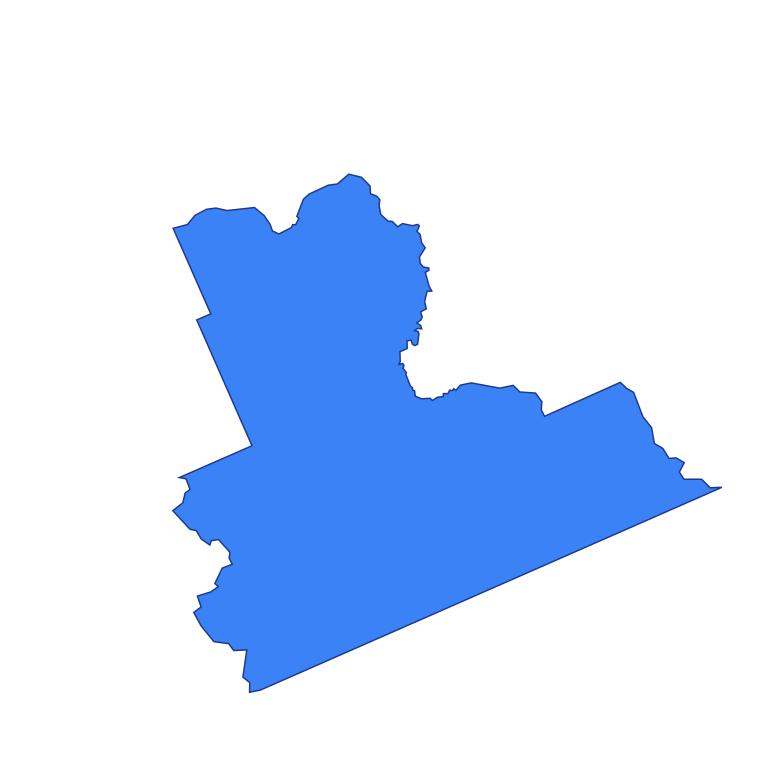 Wasco, Oregon, United States of America, rotated 336°
{"feature_id": "52423323B81291349676813", "entity_name": "Wasco", "entity_type": "district", "adm_level": 2, "iso_a3": "USA", "parent_name": "United States of America", "parent_adm1": "Oregon", "projection": "orthographic", "projection_center": [-120.965, 45.263], "detail": "medium", "context": "isolated", "style": "filled", "palette": "blue", "viewbox_px": 768, "rotation_deg": 336, "n_neighbors": 0, "source": "geoboundaries", "source_scale": "gbopen_adm2", "svg_char_len": 1971}
<svg xmlns="http://www.w3.org/2000/svg" viewBox="0 0 768 768"><g transform="rotate(336 384 384)"><path d="M135.8,610.9L146.2,613.3L650.7,615.8L639.8,611.5L635.4,600.2L619.3,593.0L618.0,584.6L626.3,578.0L620.8,570.3L614.1,567.9L612.5,556.3L606.8,548.3L610.7,532.7L607.2,519.2L608.6,493.1L603.8,486.6L600.6,478.6L517.5,478.8L517.2,471.6L521.0,464.3L518.7,453.9L504.8,446.5L501.5,437.8L488.1,434.9L464.2,418.5L453.3,416.1L447.1,419.0L445.7,416.6L443.7,417.9L441.5,416.3L438.6,418.8L434.3,416.9L433.0,419.7L427.6,417.8L421.7,418.8L420.1,415.7L412.4,412.9L407.6,407.9L409.2,402.5L407.8,401.2L408.5,398.8L407.3,396.7L407.8,384.0L409.1,382.7L407.8,377.4L409.7,375.4L409.5,372.9L405.6,372.1L407.9,370.2L411.7,361.0L419.6,361.0L422.6,354.0L426.6,355.0L426.1,359.1L427.8,361.4L430.8,361.4L436.4,352.2L436.4,349.7L433.6,347.7L437.1,346.8L440.9,348.9L441.3,345.4L438.8,341.6L444.1,340.4L446.2,338.2L446.8,333.0L453.3,332.5L454.5,325.6L459.7,318.4L461.4,316.9L465.4,318.6L465.0,312.6L467.1,298.9L471.3,298.3L472.1,296.3L467.4,293.0L466.2,288.5L468.1,282.3L477.0,276.4L475.8,270.2L477.8,262.1L476.2,258.1L480.5,254.1L479.9,252.0L474.3,250.9L466.2,245.0L460.4,245.9L457.7,238.9L453.9,236.8L450.0,227.9L452.1,219.0L455.1,213.9L453.7,209.4L449.0,204.7L451.8,197.5L447.5,186.0L437.2,178.0L422.7,182.3L413.9,179.7L393.0,180.0L385.4,182.5L372.5,195.5L373.6,198.1L368.1,202.5L365.3,201.3L363.1,203.4L349.0,204.2L344.3,198.8L344.9,192.0L343.0,181.4L337.4,170.1L311.1,161.7L302.0,154.9L292.7,152.2L279.9,153.1L269.2,158.4L254.7,156.0L254.3,249.5L239.0,249.3L238.3,386.7L158.9,386.2L164.6,390.1L163.9,401.4L158.0,402.7L151.9,410.7L139.5,413.8L147.7,437.9L152.8,441.4L154.0,451.2L159.4,460.3L162.5,456.8L169.6,458.9L174.8,475.2L171.7,480.0L172.0,487.0L161.4,486.4L148.3,497.5L150.2,501.7L141.3,503.5L127.3,501.8L126.2,513.3L117.3,515.3L118.5,530.4L123.8,550.2L136.5,558.0L138.3,566.4L150.5,571.1L135.9,594.4L139.9,602.3L135.8,610.9Z" fill="#3b82f6" stroke="#1e3a8a" stroke-width="1.5"/></g></svg>